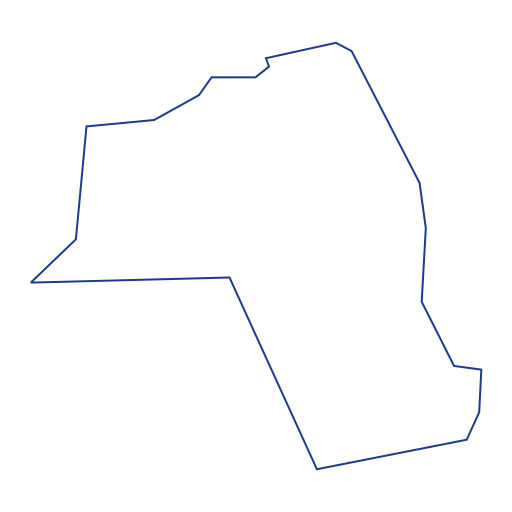 the district of Mayom, Unity, South Sudan
{"feature_id": "79223893B58930219701541", "entity_name": "Mayom", "entity_type": "district", "adm_level": 2, "iso_a3": "SSD", "parent_name": "South Sudan", "parent_adm1": "Unity", "projection": "robinson", "projection_center": [29.225, 9.075], "detail": "fine", "context": "isolated", "style": "outline", "palette": "blue", "viewbox_px": 512, "rotation_deg": 0, "n_neighbors": 0, "source": "geoboundaries", "source_scale": "gbopen_adm2", "svg_char_len": 392}
<svg xmlns="http://www.w3.org/2000/svg" viewBox="0 0 512 512"><path d="M481.3,369.6L454.1,366.0L421.7,301.8L425.8,228.2L419.6,183.0L351.6,51.1L335.9,42.8L265.9,58.2L269.0,66.6L255.5,77.3L211.6,77.3L199.0,95.1L154.1,120.0L86.5,126.4L75.9,239.3L30.8,282.6L30.7,282.6L229.5,277.5L263.3,351.7L316.9,469.2L466.7,439.7L479.2,412.3L481.3,369.6Z" fill="none" stroke="#1e3a8a" stroke-width="2"/></svg>